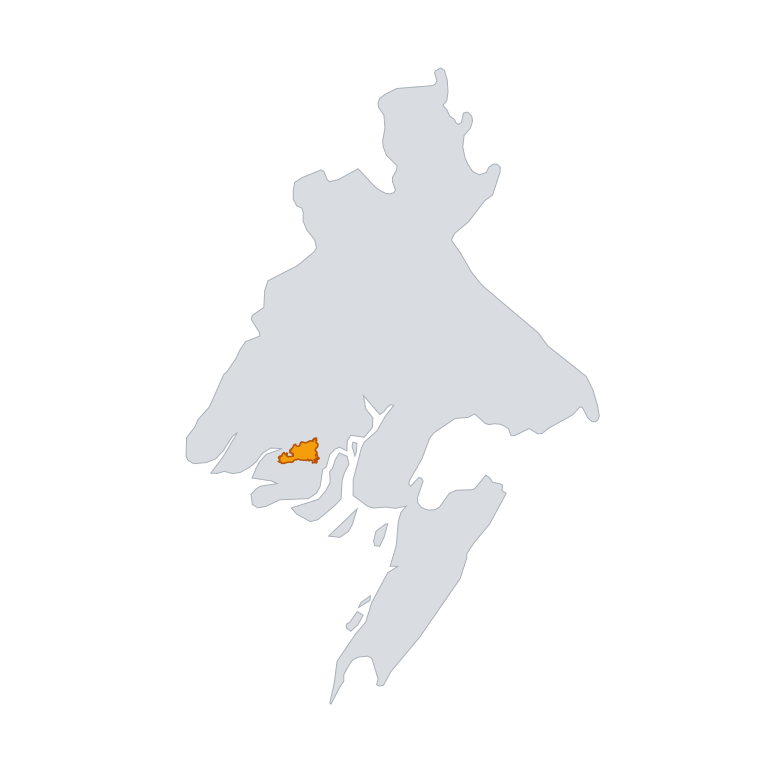 Jhalokati, Barisal, Bangladesh shown in context, rotated 42°
{"feature_id": "16705992B14602656752780", "entity_name": "Jhalokati", "entity_type": "district", "adm_level": 2, "iso_a3": "BGD", "parent_name": "Bangladesh", "parent_adm1": "Barisal", "projection": "albers", "projection_center": [90.166, 22.562], "detail": "fine", "context": "in_parent", "style": "filled", "palette": "amber", "viewbox_px": 768, "rotation_deg": 42, "n_neighbors": 0, "source": "geoboundaries", "source_scale": "gbopen_adm2", "svg_char_len": 8914}
<svg xmlns="http://www.w3.org/2000/svg" viewBox="0 0 768 768"><g transform="rotate(42 384 384)"><path d="M269.6,535.1L269.6,517.9L258.5,483.9L259.1,480.2L256.9,463.9L254.1,454.8L252.8,445.2L259.6,431.4L256.9,429.1L241.9,424.7L240.2,421.1L243.5,407.5L232.9,394.5L228.7,384.9L240.5,353.9L243.6,332.3L242.8,328.1L235.8,323.2L223.4,321.1L214.7,317.0L209.6,310.8L205.3,308.3L199.9,310.0L193.1,307.5L187.5,301.4L182.8,294.0L184.8,285.9L194.0,266.9L197.4,266.4L205.2,270.2L208.1,270.2L213.3,262.7L220.7,241.4L245.7,243.5L251.7,242.8L257.9,241.2L261.4,238.5L263.3,235.1L262.7,232.1L255.0,228.0L252.1,224.9L250.0,216.3L247.8,213.0L232.8,212.4L225.0,208.4L220.8,204.8L213.3,193.0L204.0,184.2L195.0,182.1L191.5,179.2L189.7,174.7L190.9,168.3L195.6,156.0L220.6,129.6L221.3,126.6L220.4,123.2L213.2,118.8L212.7,116.7L214.8,111.1L219.0,110.5L227.4,115.6L236.0,124.0L241.1,131.4L241.2,137.2L247.9,138.4L253.5,141.0L259.3,140.3L263.1,141.8L265.6,141.2L266.6,137.9L261.8,129.5L264.2,126.0L269.9,126.2L273.9,129.4L276.9,135.9L277.3,145.9L283.9,155.1L292.7,161.6L299.5,164.6L307.8,166.8L314.9,164.8L318.5,158.4L316.9,152.8L318.0,147.7L320.9,144.9L325.3,145.1L328.6,149.1L338.2,170.9L336.2,180.5L338.3,207.0L335.8,224.4L337.3,231.1L338.9,232.3L353.6,235.6L374.7,242.5L391.0,245.1L464.3,242.8L480.3,246.1L529.2,243.0L542.6,248.3L557.2,257.2L565.5,263.8L567.0,267.6L566.2,270.9L563.5,272.8L558.5,272.9L546.9,268.7L544.9,270.0L544.9,280.5L535.9,306.9L534.6,315.0L531.4,318.2L521.7,320.0L515.4,335.4L512.8,337.3L506.4,334.0L502.4,334.6L497.4,336.1L492.5,339.7L489.1,344.1L485.2,345.6L471.4,345.5L468.8,352.6L459.9,362.0L453.8,386.6L454.3,394.2L462.1,413.8L467.7,439.2L469.7,441.8L472.3,442.0L472.4,430.3L474.9,428.8L478.1,430.1L484.8,445.8L488.5,449.7L494.3,450.8L500.9,448.4L505.7,443.7L507.6,438.7L505.7,421.5L508.8,414.5L519.9,404.0L521.5,400.8L520.6,383.6L524.8,383.0L530.5,384.3L537.7,380.1L539.9,380.0L542.9,384.3L548.0,383.5L556.2,417.5L557.1,441.5L559.1,454.8L561.9,457.8L570.8,477.7L579.9,548.2L581.6,593.0L585.2,608.2L582.5,611.7L579.7,612.4L577.0,607.1L558.5,596.0L554.0,597.2L547.8,603.9L545.3,610.1L546.5,618.7L548.7,627.1L553.1,631.9L553.6,637.3L558.8,657.4L557.3,657.5L547.0,639.3L534.6,621.4L530.2,589.1L529.7,573.2L521.1,554.5L513.0,521.8L516.3,510.2L510.5,515.3L501.2,495.8L486.7,476.7L482.5,468.2L482.2,459.9L476.1,468.3L467.8,474.2L459.3,483.1L453.7,485.8L435.7,487.5L425.2,475.8L410.2,447.0L408.2,440.5L410.1,423.6L406.6,407.5L405.5,393.4L402.9,394.7L401.9,398.6L402.4,404.5L401.4,409.5L376.4,406.3L387.1,414.7L398.5,416.7L404.5,424.2L404.9,436.8L393.6,444.4L394.7,450.7L401.2,458.5L393.3,460.7L391.1,465.8L391.0,473.0L396.6,484.1L395.6,488.5L405.1,502.9L406.9,509.9L404.6,519.7L384.1,539.7L378.2,553.8L373.2,560.4L366.8,561.6L359.1,555.0L359.0,548.1L360.6,542.6L371.3,529.4L365.5,531.2L348.9,542.1L345.7,533.3L343.6,525.1L343.6,515.0L351.6,500.1L342.6,507.5L340.0,516.9L341.1,527.9L339.9,535.6L336.4,545.8L331.5,551.9L323.7,555.8L320.1,561.8L314.9,566.2L313.1,545.7L307.6,518.0L306.4,524.0L309.2,541.1L309.0,552.3L304.6,561.1L296.0,570.5L289.3,571.8L285.4,570.3L273.2,556.0L272.2,542.5L269.6,535.1ZM421.2,535.7L405.9,539.1L398.1,538.1L412.6,513.2L412.1,502.0L409.8,493.0L402.4,485.7L402.0,480.5L398.6,473.4L396.9,465.1L405.1,462.4L411.7,467.1L414.1,476.6L417.4,483.7L429.0,498.2L428.8,507.1L425.7,529.0L421.2,535.7ZM453.9,527.4L444.6,534.1L447.5,494.8L454.4,509.4L456.2,517.2L453.9,527.4ZM489.4,507.5L485.3,510.3L481.5,507.9L476.5,498.7L478.8,487.1L480.3,485.4L486.3,497.2L489.4,507.5ZM524.7,590.0L519.4,590.5L516.8,587.7L518.0,583.8L516.4,571.0L523.2,569.7L525.7,580.3L524.7,590.0ZM518.4,554.4L514.6,567.1L513.0,561.5L515.6,550.4L518.4,554.4ZM409.0,453.0L410.6,457.0L402.1,451.8L399.8,448.1L403.6,446.1L409.0,453.0Z" fill="#d9dde1" stroke="#a8b0b8" stroke-width="1"/><path d="M369.6,498.9L370.2,497.8L371.1,496.9L371.4,496.7L372.4,496.6L372.9,496.4L373.2,496.1L373.7,495.6L374.2,495.1L374.4,495.0L374.8,494.8L375.1,494.7L375.5,494.3L376.1,493.7L376.6,493.0L376.9,492.9L377.2,492.9L377.4,492.9L377.8,492.3L377.9,492.0L377.9,491.9L377.8,491.7L377.5,491.4L377.7,491.1L378.0,490.9L378.4,490.8L378.5,490.7L379.0,490.8L379.3,491.0L379.5,491.3L379.8,491.1L380.0,490.6L380.1,490.2L380.1,489.7L380.3,489.4L380.8,489.7L381.1,489.5L381.2,489.3L381.4,489.1L381.8,489.0L382.0,489.0L382.6,489.3L382.9,489.6L383.3,489.7L383.4,489.9L383.5,490.4L383.7,490.5L384.2,489.8L384.6,489.4L384.8,489.3L384.6,488.7L384.4,488.3L383.9,487.7L383.5,487.4L382.7,486.9L383.0,486.5L383.3,486.1L383.6,486.1L383.9,486.4L384.2,486.7L384.4,487.1L384.6,487.3L385.7,488.1L386.1,488.2L386.5,488.0L386.6,487.7L386.4,487.1L386.5,487.0L386.2,486.5L385.7,486.0L385.0,485.7L384.5,485.2L384.1,485.0L384.0,484.9L383.1,484.7L383.2,484.4L383.7,484.2L383.9,483.9L384.1,483.9L384.4,484.1L384.9,484.4L385.2,484.4L385.6,483.9L385.7,483.6L385.7,483.1L385.6,482.7L385.3,482.5L384.9,482.5L384.7,482.5L384.1,482.7L383.7,482.6L383.3,482.4L383.1,482.2L382.4,481.8L382.1,481.7L381.6,481.8L381.3,482.1L381.5,483.0L381.3,483.1L381.0,482.9L380.6,482.3L380.5,481.7L380.9,481.5L381.0,481.4L381.1,480.7L380.9,480.5L380.1,479.8L379.5,479.6L379.1,479.3L378.8,479.4L378.4,479.8L377.7,479.4L377.2,479.1L376.9,478.9L376.9,478.5L376.8,477.8L376.7,477.4L376.6,477.1L376.4,476.5L376.4,476.4L376.7,476.2L376.8,476.1L376.6,474.9L376.5,474.7L376.1,474.5L376.0,473.9L375.3,473.0L375.1,472.9L374.5,472.8L374.2,472.7L373.5,472.8L373.4,473.0L373.2,473.1L372.9,472.9L372.7,472.8L372.3,472.7L372.1,472.4L371.9,472.1L372.0,471.5L372.0,471.3L371.8,471.2L371.7,471.4L371.4,471.2L371.4,470.9L370.9,471.0L370.9,470.7L370.7,470.7L370.5,470.4L370.6,470.2L370.4,470.1L370.4,469.9L370.0,469.9L369.8,469.8L369.8,469.7L369.5,469.9L369.6,470.0L369.6,470.3L369.1,470.3L369.0,470.6L368.9,470.6L368.9,470.8L368.7,471.3L368.8,471.3L368.8,471.7L369.2,471.7L369.2,471.8L369.0,472.2L368.8,472.3L368.7,472.4L368.6,472.5L368.4,472.4L368.4,472.5L368.4,472.9L368.5,473.0L368.8,473.5L369.0,473.6L369.3,473.6L369.5,473.7L369.5,473.8L369.3,473.8L369.2,473.9L369.4,473.9L369.4,474.0L369.2,474.1L368.9,474.2L368.7,474.6L368.3,474.8L368.2,474.9L368.1,475.0L367.4,475.3L367.4,475.7L367.1,476.0L366.9,476.0L366.8,476.3L366.7,476.5L366.8,476.6L366.8,476.8L366.5,477.5L366.4,477.6L366.2,477.6L366.0,478.6L365.7,478.8L365.6,479.0L365.4,479.6L365.4,479.8L365.1,480.1L365.0,480.4L364.4,480.7L363.9,480.8L363.2,481.1L362.7,481.5L362.4,481.8L361.8,481.9L361.5,482.1L361.6,482.5L361.4,483.0L361.4,483.7L361.5,483.7L361.8,483.8L361.9,484.1L361.7,484.9L361.9,485.2L362.1,485.2L362.3,485.4L362.5,486.3L362.6,486.5L362.3,486.8L362.1,487.5L361.9,487.8L361.6,488.0L361.0,488.3L360.0,488.6L359.7,488.6L358.9,488.1L358.7,487.9L358.4,488.2L358.3,488.6L358.1,489.0L357.8,489.3L358.1,489.6L358.2,490.0L358.2,491.1L358.7,491.9L358.7,492.2L358.6,493.2L358.6,493.6L358.6,493.8L358.8,494.0L358.6,494.2L358.7,494.3L358.6,494.6L358.6,494.8L358.8,495.0L358.6,496.1L358.4,496.3L358.6,496.4L358.9,496.1L359.0,496.1L359.2,495.8L359.3,495.8L359.4,496.1L359.5,496.2L359.3,496.6L359.1,496.8L359.2,497.0L359.3,497.1L359.5,497.0L359.9,497.3L359.8,497.5L359.7,497.6L359.8,497.7L359.8,498.0L360.0,498.0L360.4,498.0L360.5,497.8L360.7,497.6L360.7,497.4L361.0,497.3L361.3,497.2L361.6,497.2L361.8,496.9L362.5,497.3L362.5,497.5L362.9,497.5L363.1,497.3L362.9,496.9L363.2,496.6L363.3,496.7L363.3,496.8L363.6,496.9L363.7,497.1L363.7,497.3L363.8,497.7L363.9,497.9L364.0,497.9L364.1,497.7L364.4,497.7L364.5,497.7L364.7,498.1L364.6,498.4L364.5,498.6L364.4,498.8L364.3,499.0L364.0,499.1L363.8,499.8L363.6,500.1L362.6,500.8L362.4,500.7L362.2,500.5L362.3,500.8L362.2,501.3L362.0,501.8L361.8,502.1L361.4,502.1L361.0,502.1L360.8,502.2L360.8,502.4L360.2,502.4L360.1,502.5L359.8,502.6L359.7,502.6L359.5,502.0L359.5,501.6L359.4,501.4L359.0,501.4L358.9,501.3L358.9,501.1L358.6,500.9L358.6,500.6L358.6,500.4L358.5,500.2L358.3,500.5L358.0,500.5L357.9,501.1L357.9,501.3L358.2,501.5L358.3,501.5L358.3,501.8L358.3,502.1L358.2,502.3L357.8,502.4L357.6,502.4L357.2,502.3L356.7,502.2L356.3,502.0L356.2,501.8L355.9,501.8L355.6,502.1L355.3,502.2L355.3,502.3L355.5,502.6L355.6,502.9L355.6,503.2L355.4,503.5L355.3,504.0L355.4,504.5L355.5,504.6L355.8,505.0L355.9,505.6L356.1,505.9L356.3,506.2L356.1,506.5L355.7,506.7L355.2,506.7L354.9,506.9L355.0,507.2L355.0,507.6L354.7,508.4L354.6,508.9L354.6,509.1L354.9,509.3L355.0,509.4L355.6,509.5L355.8,509.8L356.0,509.8L356.0,509.7L356.1,508.7L356.5,509.4L356.9,509.7L357.0,510.1L357.5,510.2L357.7,510.4L357.8,510.5L357.7,511.0L357.4,512.1L357.4,512.3L357.7,512.2L358.2,511.8L358.3,511.7L358.5,511.7L358.8,511.9L359.1,511.8L359.4,511.5L359.7,511.0L359.9,510.9L360.5,511.5L360.9,511.6L361.1,511.6L361.6,510.8L361.8,510.5L362.2,510.3L362.7,510.1L363.1,509.7L363.3,509.2L363.7,508.4L365.3,505.9L366.0,505.4L366.4,505.1L366.5,505.0L366.5,504.9L366.8,504.8L367.1,504.5L367.6,504.2L368.3,503.4L368.4,503.2L368.4,502.7L368.3,501.9L368.2,500.9L368.7,499.8L369.0,499.4L369.2,499.0L369.4,498.8L369.6,498.9Z" fill="#f59e0b" stroke="#b45309" stroke-width="1.5"/></g></svg>